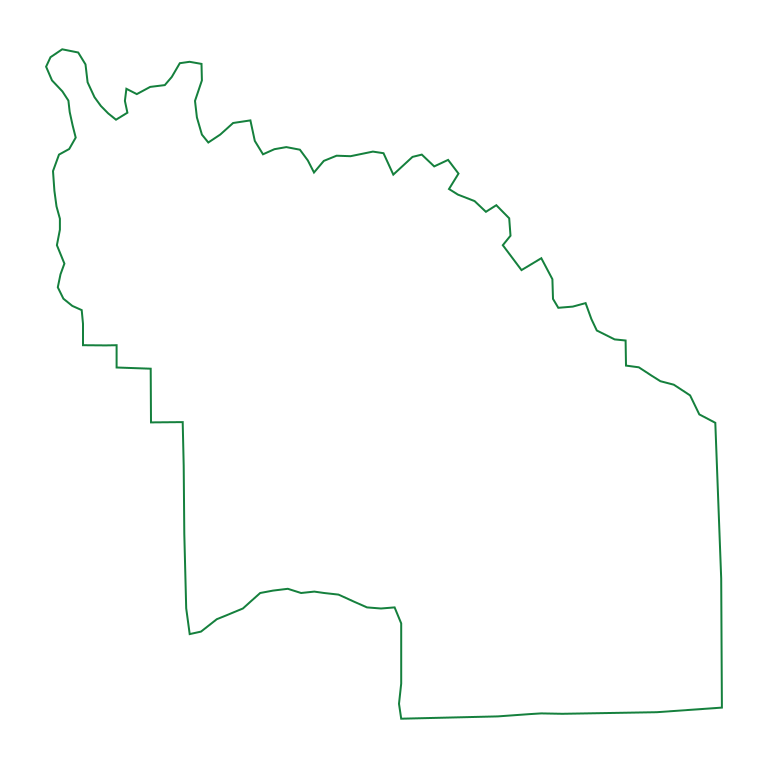 outline of Cândido Godói, Rio Grande do Sul, Brazil
{"feature_id": "56859067B20748730789342", "entity_name": "Cândido Godói", "entity_type": "district", "adm_level": 2, "iso_a3": "BRA", "parent_name": "Brazil", "parent_adm1": "Rio Grande do Sul", "projection": "natural_earth1", "projection_center": [-54.75, -27.926], "detail": "fine", "context": "isolated", "style": "outline", "palette": "green", "viewbox_px": 768, "rotation_deg": 0, "n_neighbors": 0, "source": "geoboundaries", "source_scale": "gbopen_adm2", "svg_char_len": 1700}
<svg xmlns="http://www.w3.org/2000/svg" viewBox="0 0 768 768"><path d="M399.0,703.8L401.2,718.7L497.8,716.4L529.8,714.1L541.2,713.4L562.3,713.8L656.8,712.2L721.9,707.6L721.2,578.6L715.3,422.8L699.3,414.4L690.1,395.4L673.8,384.7L660.4,381.2L651.5,375.6L638.8,367.3L626.0,365.6L625.6,340.5L614.6,339.4L596.8,330.5L591.4,319.1L585.6,303.1L572.8,306.6L558.3,307.8L553.0,298.9L552.4,279.2L541.3,258.2L521.5,270.1L502.8,245.2L510.5,235.7L509.2,218.3L496.3,205.2L485.9,211.8L474.6,201.1L457.9,194.6L449.0,189.0L458.5,173.6L448.1,159.9L434.2,166.4L421.8,154.6L412.5,156.9L393.3,174.6L383.5,153.2L372.9,151.6L350.5,156.2L336.6,155.7L323.8,160.9L314.0,172.5L307.8,160.4L299.9,149.7L286.3,147.1L274.4,149.2L263.0,154.3L254.8,140.9L250.4,120.4L233.1,123.0L220.2,134.6L208.3,142.5L201.9,134.6L196.9,117.4L195.0,100.9L201.9,80.4L201.5,63.9L189.6,61.8L179.8,63.2L171.8,76.9L164.8,85.1L150.2,86.9L136.8,94.1L126.4,88.8L124.9,100.9L127.4,112.7L116.0,119.7L108.2,113.4L100.9,106.0L94.5,97.2L87.6,82.3L85.5,64.4L78.2,52.5L62.2,49.3L50.5,57.2L46.1,66.7L52.0,80.4L62.4,91.4L68.4,100.6L69.7,112.0L72.6,125.3L75.7,137.6L69.2,149.0L59.0,154.6L53.0,171.1L54.4,190.8L56.5,206.4L59.9,218.7L59.9,229.7L56.9,245.2L64.4,263.6L60.5,274.3L57.8,287.3L63.4,298.7L72.3,305.9L81.7,310.1L83.0,323.8L83.0,345.2L105.7,345.4L116.6,345.2L116.6,367.5L150.7,368.7L151.0,422.4L182.7,422.1L183.7,465.8L184.3,533.9L186.2,608.3L189.7,634.1L201.0,631.6L216.8,619.2L226.0,615.5L234.4,612.0L242.9,608.5L251.1,601.1L260.2,593.0L273.0,590.6L287.8,588.8L301.1,593.0L314.3,591.6L324.1,593.0L338.5,594.6L354.3,601.8L367.0,607.4L381.0,608.5L394.6,607.4L401.2,623.4L401.2,657.8L401.2,683.6L399.0,703.8Z" fill="none" stroke="#15803d" stroke-width="2"/></svg>